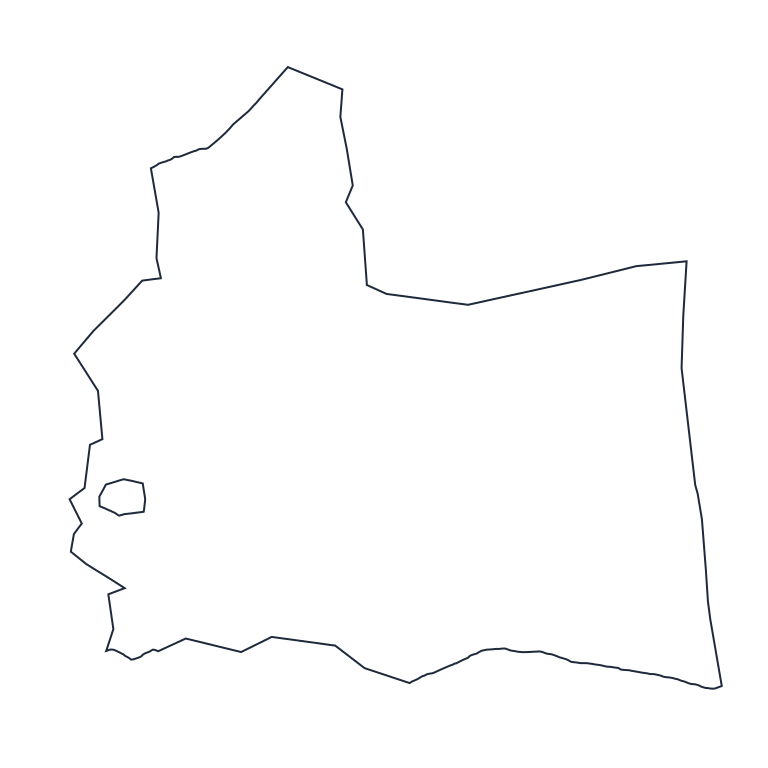 Sergelen, Töv, Mongolia, rotated 267°
{"feature_id": "93677404B51496043907868", "entity_name": "Sergelen", "entity_type": "district", "adm_level": 2, "iso_a3": "MNG", "parent_name": "Mongolia", "parent_adm1": "Töv", "projection": "orthographic", "projection_center": [106.911, 47.411], "detail": "fine", "context": "isolated", "style": "outline", "palette": "slate", "viewbox_px": 768, "rotation_deg": 267, "n_neighbors": 0, "source": "geoboundaries", "source_scale": "gbopen_adm2", "svg_char_len": 5201}
<svg xmlns="http://www.w3.org/2000/svg" viewBox="0 0 768 768"><g transform="rotate(267 384 384)"><path d="M64.7,705.5L132.1,697.5L150.1,696.1L181.2,695.7L232.4,694.4L257.9,691.5L266.9,689.5L384.3,682.0L436.1,686.4L490.7,692.6L488.9,652.1L488.5,642.1L477.6,586.0L458.7,472.1L461.6,456.3L470.4,409.6L473.8,391.3L483.7,372.1L539.4,371.0L567.5,355.4L583.9,363.2L620.9,359.1L653.0,354.4L680.4,357.9L705.5,304.5L674.6,274.1L671.8,271.6L669.1,268.6L663.8,263.3L651.1,246.9L647.6,243.6L643.2,239.0L636.7,231.1L629.1,221.0L628.3,219.0L628.3,217.8L628.3,216.1L628.4,214.4L628.2,211.9L627.7,210.3L626.8,208.5L626.5,206.7L625.9,204.7L625.2,202.4L623.7,198.0L621.9,192.4L621.5,189.5L621.8,188.8L621.8,187.7L621.6,186.1L620.3,184.5L619.4,182.9L618.9,181.5L618.5,179.8L617.7,177.8L617.1,174.9L615.9,170.7L614.4,168.5L612.9,165.5L611.6,162.5L574.6,167.0L568.8,167.7L566.5,167.9L521.8,163.4L520.2,163.6L501.7,166.7L501.3,166.7L500.7,158.2L499.9,148.0L497.4,145.4L482.0,129.8L475.0,122.1L452.3,96.7L451.9,96.3L451.8,96.2L430.5,76.2L392.1,98.0L343.7,99.9L338.7,87.2L315.8,83.1L295.8,79.5L290.9,72.2L290.0,70.8L285.7,64.5L285.4,64.0L268.2,71.5L263.5,73.6L260.4,74.9L259.9,74.4L256.0,71.1L250.4,66.5L236.2,63.2L233.3,62.6L232.9,62.5L219.9,77.1L214.2,85.2L203.4,100.8L193.7,114.3L189.9,102.4L188.4,97.7L153.4,100.9L153.1,100.8L132.1,92.7L131.9,92.6L132.0,93.1L133.0,95.9L133.1,97.8L132.7,100.3L131.2,103.3L127.5,109.8L125.9,111.4L124.7,113.6L123.3,115.6L122.1,116.8L122.0,118.5L122.7,121.4L124.1,126.2L125.1,127.7L126.5,129.3L127.7,131.7L128.5,134.2L129.0,135.9L130.0,137.6L130.8,139.2L130.6,140.7L129.7,143.1L128.9,144.4L140.2,172.7L123.8,227.3L137.3,258.6L125.3,321.6L101.3,349.7L84.0,393.9L85.5,396.5L86.6,399.7L87.8,402.6L88.9,404.5L90.2,407.1L90.7,409.2L91.9,411.7L92.4,414.5L92.5,416.5L93.0,418.6L96.2,426.6L96.9,428.5L98.0,431.5L99.5,435.6L100.2,438.3L101.1,439.6L101.2,441.4L102.2,443.5L104.4,448.5L105.2,450.8L106.1,453.3L108.2,455.9L108.7,457.3L109.6,460.7L110.0,462.7L111.1,464.4L112.4,467.3L112.7,468.5L113.3,472.3L113.4,478.4L113.6,482.2L113.4,484.8L113.6,488.1L113.5,491.1L112.1,494.5L111.2,496.6L110.6,499.6L109.6,503.9L109.3,505.9L109.1,507.5L108.9,508.9L108.9,510.7L108.8,513.2L108.8,517.2L108.8,519.3L108.8,522.3L108.8,525.4L108.5,526.8L107.9,528.6L106.3,532.1L105.8,534.5L105.5,536.2L105.2,537.4L104.6,539.1L103.3,542.1L101.9,544.9L101.2,547.1L100.1,550.2L99.4,552.0L98.3,554.0L97.4,555.2L96.7,556.6L96.4,558.1L96.0,560.6L95.7,562.5L95.3,564.0L95.0,565.3L94.9,567.4L94.8,569.2L94.7,570.9L94.4,573.1L94.0,575.0L93.7,576.7L93.3,578.5L92.8,580.4L92.4,583.0L91.6,586.6L90.9,588.8L90.2,591.3L89.7,595.2L88.9,599.1L88.5,601.1L88.3,602.8L87.7,603.8L86.7,605.1L86.4,605.9L86.1,607.4L85.7,610.7L85.3,613.9L84.7,616.0L83.7,620.4L82.8,624.3L82.1,627.2L81.9,628.6L81.5,630.4L81.3,631.7L80.5,634.3L80.3,635.9L80.2,637.9L79.8,640.0L79.0,642.7L78.3,645.1L77.3,647.1L76.8,648.8L76.3,651.6L75.9,654.2L75.4,656.3L74.9,658.0L74.3,659.8L73.8,661.8L72.9,663.6L72.0,665.7L71.2,668.3L70.0,670.9L69.3,672.3L68.8,673.7L68.3,675.3L68.1,677.2L67.7,679.4L66.7,682.3L65.1,685.1L64.2,687.6L63.6,689.5L63.4,691.3L63.0,693.1L62.7,694.9L62.5,697.0L62.6,698.4L62.9,699.6L64.7,705.5ZM298.6,133.5L297.3,137.9L295.9,138.0L295.5,138.0L295.0,138.1L294.6,138.1L294.1,138.2L293.5,138.2L293.1,138.3L292.5,138.4L292.1,138.4L291.6,138.4L291.2,138.5L290.9,138.5L290.5,138.6L290.3,138.6L290.0,138.6L289.6,138.7L289.4,138.7L289.1,138.7L288.7,138.8L288.3,138.8L287.9,138.8L287.6,138.9L287.2,138.9L286.8,139.0L286.5,139.0L286.2,139.0L285.9,139.1L285.7,139.1L285.2,139.1L284.9,139.2L284.7,139.2L284.3,139.2L284.0,139.3L283.9,139.3L283.7,139.3L283.4,139.3L283.2,139.3L282.8,139.4L282.7,139.4L282.2,139.4L281.7,139.4L281.3,139.5L281.2,139.5L280.2,139.3L278.8,139.1L278.3,139.0L277.3,138.8L277.1,138.8L276.6,138.7L276.0,138.6L275.5,138.5L275.2,138.5L274.9,138.4L274.6,138.4L274.1,138.3L273.6,138.2L272.9,138.1L272.3,138.0L271.8,137.9L271.4,137.9L271.1,137.8L270.7,137.7L269.0,137.3L268.8,135.4L268.8,134.7L268.6,132.7L268.5,130.7L268.5,130.4L268.4,130.3L268.4,130.1L268.4,129.9L268.4,129.7L268.4,129.4L268.4,129.2L268.3,128.8L268.3,128.6L268.3,128.4L268.3,128.2L268.3,127.9L268.2,127.7L268.2,127.4L268.2,127.2L268.2,126.8L268.2,126.6L268.1,126.3L268.1,126.0L268.0,124.8L267.9,122.1L267.7,119.7L267.7,119.3L267.7,119.0L267.7,118.7L267.7,118.2L267.6,117.7L267.4,117.2L267.4,116.9L267.3,116.6L267.2,116.4L267.2,116.1L267.1,115.8L267.1,115.6L267.0,115.3L266.9,115.1L266.9,114.8L266.8,114.5L266.8,114.2L266.7,114.0L266.6,113.7L266.5,113.2L266.4,112.9L266.4,112.6L267.2,111.3L268.3,109.9L268.7,109.4L268.8,109.2L269.4,108.5L269.5,108.4L269.5,108.2L269.7,107.9L269.8,107.8L269.8,107.7L270.7,105.9L271.0,105.3L271.2,105.1L271.7,104.1L272.7,102.0L272.9,101.7L273.1,101.2L274.2,99.2L275.3,96.9L276.9,93.6L285.6,93.8L286.4,93.8L293.6,98.3L294.3,98.7L295.1,99.2L296.5,100.0L297.8,100.8L298.1,101.0L298.3,101.8L298.4,102.3L298.5,102.5L298.5,102.8L298.6,103.0L299.5,106.8L299.7,107.4L300.0,108.7L300.1,109.2L301.1,113.1L301.4,114.2L301.5,114.6L302.0,116.8L302.5,119.0L302.2,120.4L301.3,123.6L301.3,123.8L301.2,124.0L301.2,124.4L301.1,124.6L301.0,124.8L300.8,126.0L300.4,127.2L300.1,128.4L298.9,132.2L298.6,133.5Z" fill="none" stroke="#1e293b" stroke-width="2"/></g></svg>